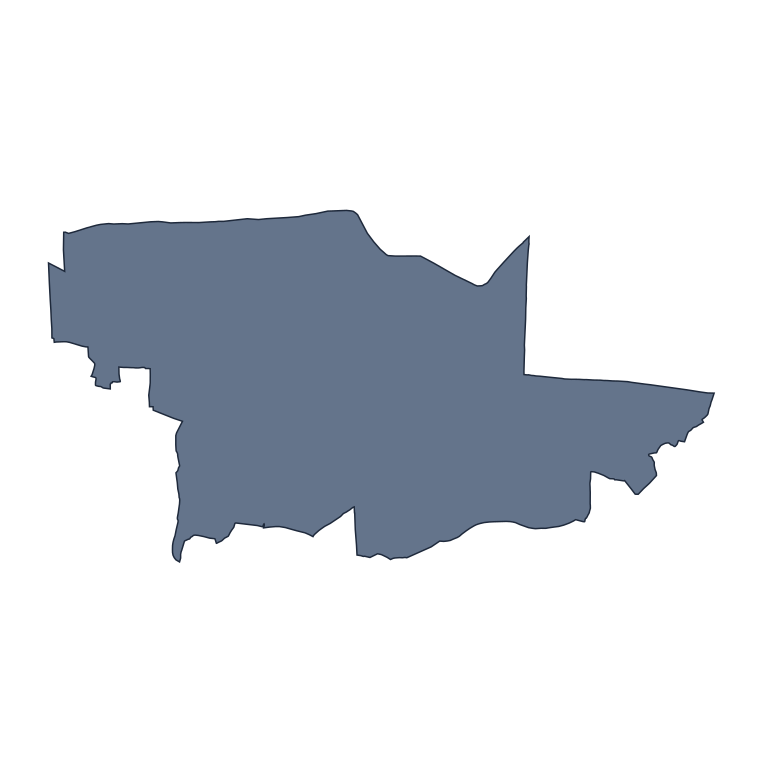 the district of Lat Bua Luang, Phra Nakhon Si Ayutthaya, Thailand, rotated 177°
{"feature_id": "78962969B9054765011768", "entity_name": "Lat Bua Luang", "entity_type": "district", "adm_level": 2, "iso_a3": "THA", "parent_name": "Thailand", "parent_adm1": "Phra Nakhon Si Ayutthaya", "projection": "natural_earth1", "projection_center": [100.34, 14.17], "detail": "fine", "context": "isolated", "style": "filled", "palette": "slate", "viewbox_px": 768, "rotation_deg": 177, "n_neighbors": 0, "source": "geoboundaries", "source_scale": "gbopen_adm2", "svg_char_len": 6093}
<svg xmlns="http://www.w3.org/2000/svg" viewBox="0 0 768 768"><g transform="rotate(177 384 384)"><path d="M237.5,518.3L237.5,517.9L241.7,514.7L244.0,512.8L247.2,509.9L257.7,499.7L264.7,492.7L267.4,489.9L271.8,483.9L275.2,479.8L277.1,478.7L278.3,478.3L280.5,477.1L282.0,477.0L285.7,477.0L288.6,478.3L290.8,479.7L307.4,488.8L328.0,502.1L340.8,509.8L346.3,510.2L365.6,511.1L373.3,512.0L375.0,513.1L377.7,515.8L380.7,518.7L386.8,526.5L392.7,535.3L401.6,554.6L402.1,555.0L403.2,556.1L405.6,558.0L407.4,558.5L412.3,559.3L426.8,559.5L431.1,559.6L443.0,557.7L453.6,556.7L460.3,555.6L472.3,555.3L492.5,555.2L500.7,554.8L511.9,556.2L535.8,554.8L540.5,555.1L543.9,554.9L548.8,555.0L560.3,554.9L573.9,555.7L580.0,555.9L588.5,556.0L596.6,557.5L600.9,558.1L608.5,558.2L631.1,557.2L636.9,557.8L645.5,557.9L650.6,558.6L658.7,558.2L662.9,557.6L672.1,555.6L684.6,552.3L691.1,550.9L694.3,552.3L695.9,552.3L697.1,534.8L697.0,513.2L712.7,522.4L712.9,501.8L712.9,484.7L712.8,475.2L712.9,465.5L712.8,456.6L713.2,447.4L711.8,446.9L711.3,446.5L711.1,442.9L709.2,443.1L701.9,443.0L698.9,442.8L695.7,442.0L683.5,437.6L679.8,436.7L677.8,436.5L677.7,435.5L677.6,427.0L677.5,426.4L676.7,425.3L672.3,420.3L672.0,419.8L671.8,419.1L671.9,417.8L672.7,414.8L675.0,408.7L675.4,408.0L676.1,407.1L675.0,406.6L672.1,405.7L671.6,405.4L671.4,405.1L671.3,404.6L671.3,403.9L672.0,401.0L672.2,398.1L672.0,397.7L671.6,397.4L669.1,396.6L667.1,396.3L666.4,396.0L665.1,395.0L664.1,394.6L657.6,393.4L657.4,398.1L657.3,398.3L656.7,398.7L656.5,399.3L655.6,399.4L655.3,399.5L655.2,400.2L655.0,400.4L653.2,400.4L650.5,399.9L647.4,400.1L647.2,400.4L647.4,401.8L647.7,402.9L648.1,407.7L647.9,414.8L643.4,414.2L640.0,414.0L635.0,413.5L633.2,413.4L631.4,413.1L628.6,412.9L626.7,413.0L624.8,413.2L622.7,413.1L622.2,413.0L621.9,412.7L621.5,412.1L621.2,411.9L618.5,411.8L616.7,411.5L616.9,405.9L617.4,397.4L617.7,395.3L619.5,385.1L619.3,378.0L619.4,373.6L615.8,373.4L615.8,369.9L595.8,360.7L587.2,357.3L593.5,346.4L593.8,345.8L594.6,343.4L595.1,334.1L595.1,328.6L594.9,327.6L594.3,326.7L594.0,325.8L593.7,324.5L593.8,323.8L593.6,321.5L592.4,313.4L592.4,312.9L592.6,312.4L593.3,311.6L593.6,311.0L594.4,308.4L595.0,307.6L596.4,306.2L596.0,300.9L595.6,296.4L595.4,290.0L594.6,284.9L594.5,281.3L594.2,280.5L594.1,279.8L594.1,278.3L594.5,274.9L595.8,268.3L596.2,266.1L597.3,261.6L597.4,260.2L597.3,259.7L596.8,258.7L596.8,257.9L596.9,257.0L599.1,249.5L600.6,243.5L602.0,240.0L602.9,237.1L603.3,235.3L603.6,233.8L603.9,230.0L604.0,226.7L603.6,224.0L602.6,221.6L601.0,219.3L597.5,217.0L596.2,220.8L596.0,224.6L595.4,227.0L594.7,228.6L594.2,230.0L591.5,237.5L591.3,237.7L587.6,239.2L586.4,239.4L585.9,239.8L585.1,241.0L583.5,241.8L582.5,242.6L581.8,242.9L580.5,243.0L577.4,242.5L571.7,241.0L566.2,239.2L561.3,238.4L561.0,238.3L560.7,237.5L559.8,233.9L559.7,233.7L559.4,233.7L557.7,234.5L554.7,235.7L553.9,236.2L551.3,238.4L547.6,240.1L547.2,240.6L545.4,243.7L543.7,246.1L541.5,248.8L540.4,252.0L540.2,252.5L539.9,252.8L539.6,252.9L538.8,252.9L519.7,249.6L517.9,249.3L513.3,247.9L512.7,247.9L512.4,248.3L511.4,250.4L511.1,250.6L510.9,250.0L511.0,248.8L511.2,248.1L511.9,247.1L511.9,246.6L505.9,247.1L499.6,247.3L495.9,247.1L490.0,245.8L483.9,243.7L478.8,242.0L473.9,240.5L470.6,239.5L466.4,237.4L462.9,235.3L462.3,236.3L461.3,237.4L456.7,241.1L453.5,243.2L450.6,245.0L445.0,247.6L434.3,254.0L431.3,256.8L428.3,258.1L426.1,259.4L424.8,260.1L421.7,262.3L420.2,262.8L420.2,257.3L420.2,256.8L420.0,256.7L420.3,240.1L419.9,224.5L419.9,214.6L416.1,213.8L414.0,213.0L413.5,212.9L412.3,213.0L407.1,211.5L399.3,214.8L395.6,213.8L393.5,212.7L389.9,210.7L386.7,208.4L384.1,209.4L382.2,209.7L377.7,209.8L374.3,209.5L372.9,209.7L371.6,209.6L370.3,209.3L345.4,218.9L336.6,224.2L332.6,223.7L329.0,223.9L326.0,224.3L322.9,225.5L318.8,226.9L316.7,228.0L313.9,230.2L309.4,233.2L305.8,235.4L301.8,237.5L299.6,238.5L297.3,239.2L295.2,239.7L291.2,240.4L286.1,240.7L281.8,240.7L269.2,240.4L265.2,240.0L262.7,239.5L259.9,238.7L255.8,236.6L247.2,233.0L243.2,232.1L240.4,231.6L234.6,231.7L230.1,231.4L225.7,231.9L221.1,232.3L217.0,232.6L211.8,233.7L206.4,235.4L201.9,237.3L199.7,238.5L192.6,236.2L191.4,236.0L191.0,236.0L190.8,236.1L190.7,236.3L190.3,238.0L189.7,239.3L189.1,239.4L188.4,240.3L186.8,243.1L186.2,243.9L185.7,245.0L185.5,245.9L184.4,249.1L184.3,252.4L184.4,253.3L183.7,265.3L183.7,267.5L183.6,270.3L183.6,273.5L183.5,274.5L182.7,278.5L182.2,285.2L182.0,285.5L181.5,285.6L178.6,285.2L176.1,284.2L174.9,283.8L169.3,281.2L165.0,278.5L163.4,277.6L159.5,277.3L159.3,277.2L158.7,276.3L158.4,276.2L157.0,276.2L150.2,274.8L149.4,274.7L148.8,275.0L142.7,266.4L138.9,260.8L135.9,260.6L130.2,266.0L124.0,271.1L116.7,278.3L116.7,280.6L116.8,281.4L117.8,284.5L118.3,287.8L118.4,289.0L118.2,291.4L118.3,292.0L119.6,294.5L120.3,296.6L120.8,297.2L122.7,298.1L123.1,298.4L123.3,298.8L123.4,299.2L123.4,299.6L123.2,299.9L122.9,300.1L122.1,300.3L117.7,301.0L116.0,301.0L115.5,301.1L115.1,301.6L114.2,303.5L113.7,304.4L110.8,308.1L108.5,309.2L106.2,310.1L104.2,310.3L103.3,310.3L102.6,310.1L102.2,309.9L101.0,308.6L100.6,308.3L99.0,307.7L97.5,306.5L96.9,306.4L96.7,306.4L96.3,306.6L94.6,308.3L94.3,308.9L93.2,311.5L93.0,311.8L92.8,312.0L92.2,312.0L90.4,311.3L86.9,310.6L83.9,317.8L82.9,319.8L82.4,320.4L81.9,320.8L80.1,321.7L78.1,323.7L77.4,324.3L76.5,324.6L74.8,325.0L74.0,325.3L72.1,326.5L68.8,328.1L67.0,329.1L68.2,331.4L68.2,332.0L66.1,333.3L64.8,334.3L62.9,336.0L62.1,337.1L60.7,342.4L60.3,343.3L59.4,345.1L58.4,348.6L57.2,351.3L54.8,357.6L61.3,358.1L69.1,359.6L75.1,360.9L82.2,362.4L118.5,369.4L123.3,370.2L136.7,372.7L140.6,373.6L150.3,374.7L155.6,375.1L161.2,375.8L164.2,376.0L167.7,376.5L174.7,377.0L181.7,377.8L184.0,377.9L188.6,378.4L194.1,378.8L196.7,378.9L201.6,379.4L203.5,379.6L205.9,380.2L219.6,382.3L227.7,383.6L232.0,384.1L234.1,384.6L236.1,384.8L239.1,385.6L240.6,385.6L243.7,386.1L243.6,389.3L242.4,404.2L241.8,410.6L241.8,415.4L239.2,441.3L238.4,452.8L237.4,461.9L237.4,464.6L236.7,473.6L236.7,475.4L236.3,479.1L234.5,497.4L233.0,509.6L232.1,515.3L231.8,516.2L231.9,517.6L231.8,519.8L231.4,523.6L237.5,518.3Z" fill="#64748b" stroke="#1e293b" stroke-width="1.5"/></g></svg>